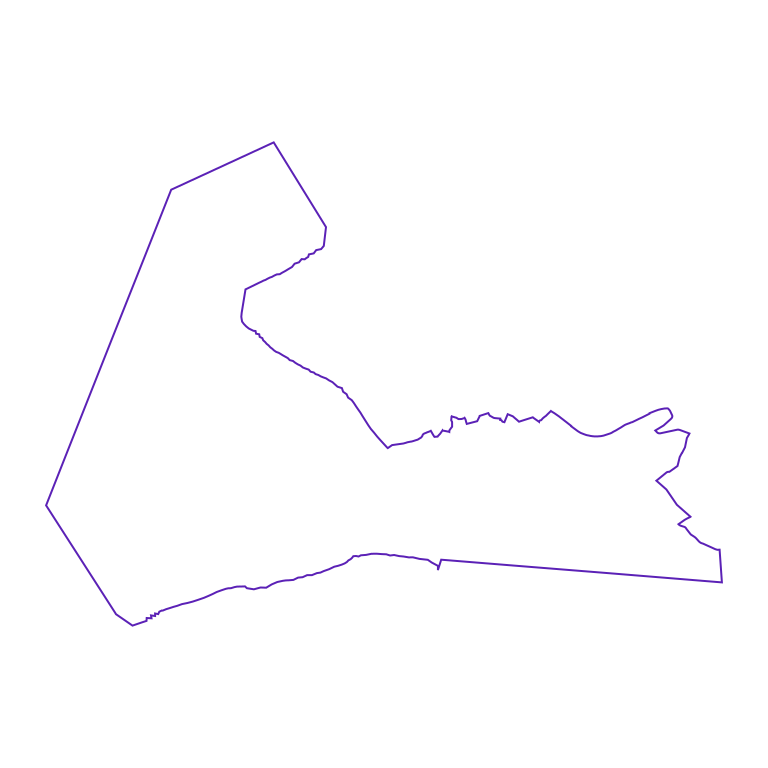 the district of Vlissingen, Netherlands
{"feature_id": "6326949B17750517520147", "entity_name": "Vlissingen", "entity_type": "district", "adm_level": 2, "iso_a3": "NLD", "parent_name": "Netherlands", "parent_adm1": "", "projection": "equal_earth", "projection_center": [3.611, 51.495], "detail": "fine", "context": "isolated", "style": "outline", "palette": "violet", "viewbox_px": 768, "rotation_deg": 0, "n_neighbors": 0, "source": "geoboundaries", "source_scale": "gbopen_adm2", "svg_char_len": 5860}
<svg xmlns="http://www.w3.org/2000/svg" viewBox="0 0 768 768"><path d="M667.8,408.4L666.7,408.4L664.6,408.5L663.4,408.7L661.2,409.1L659.6,409.5L658.4,409.8L656.7,410.4L655.3,410.9L649.5,413.2L649.5,413.7L642.2,417.4L638.9,418.9L637.1,419.8L634.0,421.3L632.6,422.0L632.1,422.2L631.2,422.4L629.6,423.1L627.4,423.9L625.6,424.6L624.6,425.1L620.7,427.6L618.6,428.8L617.3,429.6L615.6,430.6L613.0,431.9L612.7,432.2L611.0,433.1L610.0,433.5L603.6,435.6L602.1,435.9L601.1,436.1L600.1,436.2L598.7,436.3L597.6,436.4L596.3,436.4L595.6,436.4L594.4,436.4L593.4,436.3L592.3,436.2L591.0,436.0L590.3,435.9L589.1,435.6L587.0,435.2L586.2,435.0L585.1,434.6L583.7,434.1L582.2,433.5L580.9,433.0L580.5,432.8L579.3,432.1L577.7,431.1L571.1,426.2L571.2,425.9L568.5,423.8L566.6,422.3L564.9,421.0L563.0,419.5L561.8,418.6L560.0,417.2L559.4,416.7L554.4,413.2L552.4,412.0L551.0,411.1L550.9,411.0L550.6,411.3L550.2,411.7L548.1,413.7L546.2,415.6L545.8,416.0L544.6,416.8L542.7,418.4L541.7,419.6L541.2,420.1L540.9,420.3L540.2,420.4L539.9,420.5L539.1,421.2L539.1,421.3L539.0,421.5L539.0,421.8L533.2,417.7L532.8,417.3L524.6,419.9L519.0,421.7L516.2,419.2L515.9,419.0L512.8,416.3L507.7,414.2L504.4,422.2L502.5,421.7L502.3,421.5L501.4,420.2L500.1,419.9L500.3,418.6L494.9,418.1L494.3,418.0L493.9,417.9L493.4,417.7L490.6,416.1L490.1,415.9L490.0,415.7L489.6,415.4L489.3,415.0L488.5,413.4L488.3,413.1L487.4,413.4L479.7,415.9L479.7,416.0L479.4,416.8L479.2,417.1L477.2,421.2L466.8,423.9L466.7,423.5L466.5,423.1L466.3,422.5L465.7,420.2L465.6,419.8L465.5,419.5L465.3,419.1L464.6,417.9L464.5,418.0L463.7,418.3L461.9,418.9L461.5,419.0L461.2,419.0L458.9,419.1L458.7,419.0L458.4,419.0L458.0,418.8L457.8,418.7L456.5,417.8L456.2,417.7L454.7,417.3L454.5,417.2L452.3,416.6L451.7,416.3L451.5,416.7L451.4,418.2L451.2,420.2L451.2,420.3L451.7,421.2L452.0,421.7L452.1,422.6L452.1,423.5L452.1,426.7L451.5,427.5L450.8,428.4L450.1,429.4L449.4,430.4L449.3,431.9L449.1,431.8L444.6,430.9L442.6,430.6L442.5,430.4L442.3,430.7L440.1,433.8L439.7,434.2L438.0,436.0L437.8,436.3L437.6,436.6L435.0,436.8L434.6,436.9L434.4,436.8L434.3,436.7L433.1,434.8L430.8,430.8L430.1,431.2L429.8,431.3L428.9,431.7L426.9,432.4L426.6,432.6L424.3,433.5L424.1,433.6L423.7,433.9L423.1,434.3L422.8,434.8L422.6,435.1L422.4,435.8L422.2,436.1L421.5,437.1L421.3,437.3L421.1,437.5L420.9,437.7L420.0,438.2L417.6,439.7L416.8,439.9L412.8,441.2L411.2,441.6L410.8,441.6L407.3,442.3L406.2,442.7L403.4,443.5L394.9,444.7L392.1,445.1L387.8,448.1L387.2,447.6L380.5,440.3L377.2,436.6L374.0,432.6L370.9,429.0L368.4,425.4L365.1,420.2L362.4,415.9L360.4,412.6L358.2,409.5L356.0,406.3L354.0,403.2L353.0,401.8L351.7,400.1L348.1,397.6L346.6,394.2L343.6,392.1L343.1,391.7L341.9,388.1L337.5,386.7L332.4,382.1L329.1,380.4L326.1,378.4L323.3,377.4L320.6,376.3L318.4,375.0L315.6,374.1L313.8,372.5L310.6,371.7L308.7,369.6L305.7,368.6L302.9,367.5L300.5,365.6L297.9,364.4L295.3,362.8L293.0,361.0L289.7,360.1L287.8,358.1L282.6,355.2L280.7,354.0L278.7,352.8L276.2,351.9L274.0,350.4L272.3,348.8L270.3,347.3L268.6,345.4L266.6,343.8L265.2,342.1L263.2,340.3L262.3,338.1L259.7,336.9L259.2,334.3L256.1,333.7L255.5,331.0L253.4,330.8L248.8,328.5L246.2,326.4L243.9,324.0L242.1,321.6L241.6,318.8L241.3,316.7L241.7,312.7L245.5,289.4L259.4,282.6L261.4,281.7L263.5,280.6L265.5,279.9L267.4,278.8L269.8,277.6L271.9,276.9L274.4,275.5L276.8,274.4L279.8,274.2L281.8,272.9L285.3,271.0L288.4,269.1L292.0,267.0L294.6,263.7L299.0,262.3L301.6,259.1L304.7,259.3L306.4,258.0L308.2,256.9L308.9,254.4L313.7,253.4L316.2,250.1L321.1,249.1L323.8,245.9L326.0,227.1L273.7,142.4L171.2,189.7L144.1,258.1L111.9,339.0L65.6,456.0L46.1,505.4L71.7,545.2L115.1,612.7L116.0,614.2L132.5,625.6L141.9,622.4L146.5,620.9L146.7,618.0L151.5,618.3L151.0,615.4L155.1,616.0L155.1,613.5L158.2,614.1L159.3,611.7L161.8,610.5L162.7,610.6L166.1,609.2L170.0,608.0L173.7,606.8L177.3,605.8L182.0,604.1L187.4,603.0L192.7,601.6L197.9,599.9L204.0,597.8L208.7,595.8L212.9,593.9L216.7,592.0L221.7,590.2L225.9,588.8L228.2,588.3L230.9,588.2L234.5,587.1L237.1,586.6L242.1,586.5L245.0,586.4L246.9,588.2L253.9,589.3L260.5,587.5L266.2,587.7L271.7,584.4L277.3,582.0L282.9,580.8L285.9,580.4L288.6,580.3L293.4,579.9L298.1,577.6L302.6,577.2L307.2,575.1L312.0,575.1L316.9,573.1L320.4,572.6L323.7,571.1L329.1,569.2L334.3,566.7L338.1,565.8L341.8,564.6L344.7,563.4L346.9,562.0L348.4,560.4L350.6,559.2L352.1,557.8L353.3,556.2L356.0,556.0L358.6,556.5L360.9,555.3L366.1,554.9L371.4,553.8L376.4,553.7L381.7,554.1L386.3,554.3L390.1,555.5L394.1,555.0L399.2,556.1L403.5,556.5L408.9,557.4L412.8,557.3L419.5,558.9L427.8,559.8L431.7,562.5L438.0,565.9L437.9,570.1L441.2,559.7L512.9,565.5L607.8,573.1L721.9,582.4L719.6,549.7L719.0,549.7L718.0,549.8L717.5,549.8L716.6,549.6L716.0,549.4L715.3,549.2L711.2,547.3L707.6,545.7L705.6,544.8L703.2,543.7L701.1,543.0L700.7,542.8L700.6,542.7L699.8,542.2L698.9,541.4L696.3,538.5L695.5,537.7L694.5,536.9L691.9,535.2L691.2,534.8L690.5,534.1L690.0,533.5L686.8,529.4L685.7,527.8L684.9,527.1L684.6,527.0L684.2,526.8L682.8,526.4L680.9,525.8L680.0,525.4L679.2,524.9L678.5,524.2L684.6,519.9L686.0,519.1L687.3,518.4L690.4,516.9L690.5,516.8L677.1,505.0L677.0,504.9L676.8,504.7L666.4,489.5L656.4,480.7L666.7,472.3L667.0,472.2L667.4,472.0L667.8,471.9L668.6,471.8L669.1,471.8L669.4,471.8L677.5,466.0L678.3,462.9L679.7,457.1L681.8,453.1L682.0,453.1L682.3,452.5L685.0,447.3L686.9,438.0L689.0,434.5L688.9,434.3L689.4,433.5L680.2,430.1L679.6,429.9L679.0,429.8L678.7,429.7L678.2,429.7L677.7,429.7L677.2,429.7L676.8,429.8L660.4,433.3L660.1,433.3L659.7,433.3L659.2,433.3L658.9,433.3L658.5,433.2L658.1,433.0L657.7,432.9L657.5,432.7L657.3,432.5L657.1,432.4L655.3,430.5L663.6,425.5L670.5,419.3L671.5,418.3L671.8,417.9L672.1,417.4L672.2,416.8L672.3,416.6L672.3,416.2L672.3,415.8L672.2,415.5L672.1,415.2L670.3,411.4L670.1,411.0L669.8,410.5L669.6,410.3L669.3,409.9L669.1,409.6L668.8,409.3L668.3,408.8L667.8,408.4Z" fill="none" stroke="#5b21b6" stroke-width="2"/></svg>